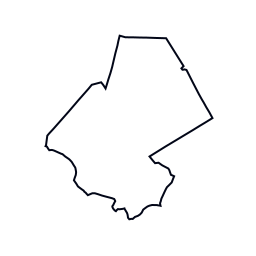 outline of Beygee, Sala ad-Din, Iraq, rotated 149°
{"feature_id": "34846034B92184872032162", "entity_name": "Beygee", "entity_type": "district", "adm_level": 2, "iso_a3": "IRQ", "parent_name": "Iraq", "parent_adm1": "Sala ad-Din", "projection": "mercator", "projection_center": [43.192, 34.889], "detail": "fine", "context": "isolated", "style": "outline", "palette": "ink", "viewbox_px": 256, "rotation_deg": 149, "n_neighbors": 0, "source": "geoboundaries", "source_scale": "gbopen_adm2", "svg_char_len": 2117}
<svg xmlns="http://www.w3.org/2000/svg" viewBox="0 0 256 256"><g transform="rotate(149 128 128)"><path d="M50.0,114.5L49.8,120.5L49.0,133.2L48.1,145.7L48.0,147.7L49.5,149.2L50.3,149.4L51.3,149.9L51.5,151.6L50.0,152.0L48.5,152.4L49.1,185.3L57.7,190.8L64.0,194.9L66.6,196.6L70.4,198.9L76.8,203.0L83.5,207.1L86.9,210.7L87.6,211.4L91.5,207.5L94.6,204.1L100.3,198.6L107.5,191.2L110.1,188.5L114.8,184.1L120.0,179.6L123.5,176.4L125.2,174.9L126.9,173.4L127.0,176.6L127.1,178.2L127.5,181.0L136.8,183.7L141.6,182.0L156.1,177.4L170.5,172.6L188.5,166.9L193.3,165.4L198.5,163.9L200.2,163.3L201.1,163.0L202.4,161.4L207.1,155.5L208.0,154.9L207.1,153.8L207.1,151.5L206.9,149.5L204.9,148.6L204.0,147.9L202.9,146.6L198.5,140.3L197.6,139.3L196.5,135.9L195.3,133.3L194.5,131.5L194.0,129.4L193.7,127.8L193.7,126.1L193.7,123.7L193.6,121.6L193.7,120.8L194.9,117.6L195.4,116.6L197.0,114.6L199.5,112.6L201.3,111.0L201.0,107.0L201.0,103.7L200.1,101.4L198.8,98.3L198.3,97.3L198.2,95.7L197.6,94.4L197.4,92.9L197.1,91.6L197.0,91.1L193.3,90.6L192.1,90.4L190.0,89.1L187.8,86.7L185.1,83.5L182.5,80.8L177.9,76.1L176.4,74.2L176.5,72.7L176.6,71.9L178.7,70.7L180.1,69.7L181.7,69.0L182.0,68.5L182.1,67.9L182.2,67.1L182.2,66.3L181.9,64.5L181.4,63.1L181.2,62.9L180.1,63.4L178.4,63.7L177.3,62.8L175.3,61.9L173.9,61.3L172.5,60.9L172.6,60.6L172.6,59.1L172.6,57.4L172.6,55.8L172.9,54.3L173.5,52.7L174.2,51.1L173.9,49.1L173.4,48.9L172.1,48.5L171.3,48.0L170.8,47.6L169.5,47.9L168.6,48.0L167.8,48.2L166.3,47.9L164.7,47.6L162.3,47.7L159.8,48.4L158.4,49.3L157.0,50.2L154.3,50.5L151.8,50.7L149.7,50.4L147.0,49.6L145.6,48.7L143.4,47.3L142.8,47.0L142.1,46.2L141.1,45.5L140.2,44.6L139.6,46.3L139.2,47.1L137.7,48.3L135.7,50.3L133.7,51.6L129.9,54.2L127.0,56.1L125.1,57.2L122.1,57.9L118.6,58.8L115.3,61.4L113.3,62.9L114.5,64.7L115.3,65.7L114.8,68.3L114.3,70.5L114.3,72.5L115.9,75.1L117.9,78.4L119.7,82.5L122.9,83.9L123.5,87.5L123.9,90.2L124.2,92.5L105.4,92.8L102.9,92.8L86.2,92.8L83.8,92.8L81.4,92.8L75.8,92.8L73.3,92.8L65.9,92.9L63.5,92.9L62.2,92.9L59.8,92.9L50.5,93.0L50.2,99.4L50.2,105.5L50.0,111.1L50.0,114.5Z" fill="none" stroke="#020617" stroke-width="2"/></g></svg>